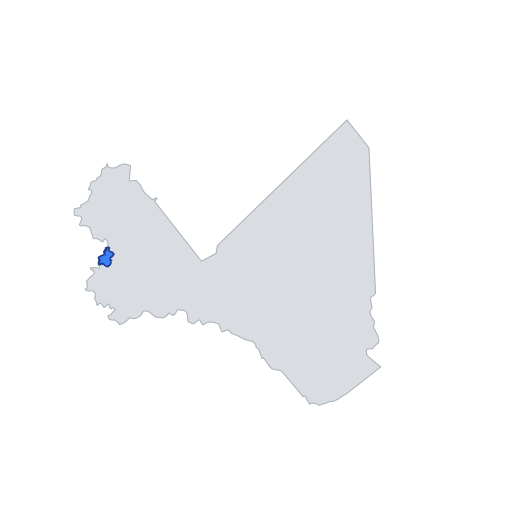 Kangaba, Koulikoro, Mali shown in context, rotated 52°
{"feature_id": "8926073B95674786747910", "entity_name": "Kangaba", "entity_type": "district", "adm_level": 2, "iso_a3": "MLI", "parent_name": "Mali", "parent_adm1": "Koulikoro", "projection": "mercator", "projection_center": [-8.71, 11.908], "detail": "fine", "context": "in_parent", "style": "filled", "palette": "blue", "viewbox_px": 512, "rotation_deg": 52, "n_neighbors": 0, "source": "geoboundaries", "source_scale": "gbopen_adm2", "svg_char_len": 6525}
<svg xmlns="http://www.w3.org/2000/svg" viewBox="0 0 512 512"><g transform="rotate(52 256 256)"><path d="M109.4,365.7L109.5,364.1L108.2,363.1L108.2,362.5L108.9,358.1L108.8,356.9L109.4,354.7L108.5,353.7L108.3,352.9L106.2,350.0L105.6,347.6L104.5,346.0L102.0,345.4L101.1,346.8L100.6,347.1L99.7,346.1L99.3,345.2L99.3,344.4L96.2,340.6L96.4,338.5L97.6,337.4L98.0,335.6L96.8,333.6L97.0,331.6L96.9,328.8L95.0,326.4L93.7,325.3L92.7,323.6L93.5,319.7L91.7,316.4L95.2,317.7L96.8,316.5L98.4,314.8L99.8,312.6L100.4,309.8L100.6,307.4L102.0,303.7L103.7,301.9L107.1,299.3L108.1,299.6L113.8,305.1L117.0,307.9L118.2,309.4L119.2,309.4L120.8,306.7L122.5,304.3L123.2,303.8L128.8,303.5L131.8,303.9L134.5,304.6L138.2,304.8L148.0,303.0L148.2,301.9L148.0,300.6L148.5,299.6L149.3,298.7L150.0,298.5L150.3,301.6L151.1,302.1L153.4,302.3L226.4,302.2L229.4,286.0L224.0,280.0L204.8,100.5L240.1,100.4L246.2,104.6L358.9,184.7L359.4,187.2L359.3,190.7L360.1,191.8L361.7,193.0L368.1,196.3L368.6,197.0L368.9,198.4L369.6,200.1L371.0,201.1L372.5,201.8L374.5,202.3L380.2,202.9L381.5,203.6L384.0,206.8L385.3,207.4L393.1,209.0L395.6,209.9L398.4,211.3L399.8,212.6L399.8,217.4L400.9,220.6L400.8,221.4L399.6,222.6L399.3,223.6L397.9,226.1L398.2,227.0L400.9,228.9L402.2,229.5L403.8,229.5L420.2,226.2L420.3,271.2L419.7,271.9L419.3,279.8L418.1,284.4L416.0,287.8L414.6,293.0L413.8,294.0L413.2,296.9L412.0,298.6L409.9,299.2L406.1,302.5L405.8,305.1L397.0,303.7L396.4,303.7L396.0,304.1L395.8,305.5L373.1,306.3L361.9,306.9L354.9,312.9L350.4,313.4L344.7,312.9L341.8,312.9L340.6,313.2L340.4,314.3L331.4,311.3L328.0,312.2L327.5,311.9L327.0,311.3L325.4,310.9L322.8,311.0L320.9,311.5L315.2,316.2L312.1,317.4L306.3,320.2L302.3,322.6L300.9,323.1L298.7,323.2L296.8,323.7L295.1,329.1L294.0,329.6L287.2,327.4L285.8,327.7L284.6,328.4L280.8,331.5L278.9,334.1L277.8,337.4L278.0,339.6L277.3,340.3L275.6,340.4L272.4,339.8L271.4,340.0L271.0,341.7L271.1,345.3L270.4,347.8L268.5,348.5L267.0,349.5L265.9,349.8L264.9,349.5L259.4,345.9L257.5,345.3L255.4,345.7L253.5,347.3L249.9,351.1L250.3,352.4L251.3,354.0L252.0,356.0L251.9,357.7L246.9,360.2L248.1,362.1L247.9,367.0L245.6,369.3L244.8,370.7L242.5,372.4L240.6,373.2L234.4,374.6L232.0,376.1L230.8,377.4L230.5,378.8L230.8,380.3L232.0,383.6L231.6,386.6L230.6,390.0L229.6,391.6L226.8,393.4L227.2,395.6L227.5,398.8L227.0,403.0L226.1,405.8L225.5,405.6L222.7,405.7L219.8,406.6L218.7,407.3L218.5,408.2L216.0,410.5L214.3,410.4L212.7,409.8L211.9,409.2L211.8,408.8L212.8,407.0L212.9,406.4L211.9,403.2L212.1,402.4L211.7,399.9L208.2,400.9L208.0,401.3L208.5,402.9L208.2,403.1L207.0,403.1L205.4,402.6L203.6,401.2L203.2,401.6L203.0,402.8L202.9,404.1L203.3,406.5L202.9,407.4L200.1,407.2L197.7,407.5L197.2,408.4L196.9,409.4L197.5,410.4L197.4,410.9L196.4,411.6L196.0,411.5L194.7,410.3L189.5,409.2L189.1,407.6L188.5,407.6L186.8,405.6L186.1,405.6L185.6,405.9L183.6,405.8L181.8,407.5L180.5,409.7L179.2,410.7L177.0,411.2L177.4,409.8L176.7,407.9L172.2,405.6L171.5,404.6L170.4,399.3L170.4,397.7L170.7,396.3L170.6,395.2L170.1,394.4L168.8,393.6L167.4,393.2L165.6,394.3L164.8,394.5L164.0,394.4L163.6,394.0L163.6,393.5L165.6,390.6L166.5,389.4L168.4,388.0L168.9,387.3L168.9,386.8L168.7,386.4L167.5,385.8L165.5,384.5L164.5,384.4L163.6,383.8L162.7,381.7L162.3,381.3L161.3,381.1L160.5,380.5L160.6,375.5L158.7,371.7L157.0,366.9L156.1,365.7L154.5,364.7L152.7,364.1L151.0,363.9L149.1,364.4L149.1,364.9L150.2,366.4L150.3,367.3L150.2,368.1L149.8,368.7L147.3,369.2L143.8,371.0L142.7,373.0L141.9,373.3L140.6,373.0L131.6,369.6L127.8,371.1L125.3,374.1L124.7,375.1L123.6,375.9L122.9,376.0L122.3,375.4L119.6,370.8L118.5,369.7L117.0,369.7L115.8,370.4L114.6,372.0L113.0,373.4L111.9,373.8L111.1,373.6L107.3,370.5L107.1,369.9L108.8,366.2L109.4,365.7Z" fill="#d9dde1" stroke="#a8b0b8" stroke-width="1"/><path d="M172.5,379.8L172.6,379.7L172.8,379.6L173.0,379.5L173.2,379.4L173.3,379.3L173.3,379.0L173.4,378.9L173.3,378.7L173.1,378.6L173.0,378.4L172.9,378.1L173.0,377.9L173.1,377.6L173.1,377.2L172.9,376.9L172.9,376.7L173.1,376.4L172.9,376.2L172.8,375.6L172.7,375.4L172.5,375.2L172.4,374.9L172.2,374.5L172.0,374.4L171.7,374.2L171.2,374.0L170.7,373.9L170.5,373.6L170.4,373.3L170.3,373.1L170.2,372.8L170.2,372.6L169.0,373.3L168.1,372.3L167.8,372.0L167.7,371.6L168.1,370.3L167.7,369.7L167.8,368.8L167.7,368.4L167.3,368.1L167.2,367.7L167.3,367.0L166.8,366.7L165.8,367.0L165.3,367.0L164.8,366.7L162.5,368.3L161.9,368.5L161.7,368.5L160.9,368.3L160.2,367.6L159.5,366.6L158.0,366.8L157.7,366.7L157.8,366.7L157.9,366.8L158.2,367.3L158.3,367.4L158.2,367.5L157.9,367.8L157.8,368.1L157.6,368.3L157.4,368.7L157.3,368.9L157.2,369.2L157.1,369.4L157.1,369.5L157.3,369.5L157.5,369.7L157.4,369.8L157.5,369.9L157.5,370.0L157.8,370.1L158.0,370.2L158.3,370.2L158.5,370.0L158.6,369.9L158.6,370.0L158.8,370.2L158.8,370.3L159.0,370.5L159.1,370.8L159.3,370.9L159.3,371.0L159.2,371.0L159.0,371.3L159.0,371.5L159.0,371.8L158.9,371.9L158.7,371.9L158.8,372.0L158.7,372.0L158.7,372.3L158.7,372.5L158.7,372.8L158.8,372.8L158.7,373.0L158.8,373.1L159.0,373.1L159.3,373.2L159.4,373.3L159.5,373.3L159.6,373.5L159.7,373.4L159.8,373.3L159.9,373.2L160.0,373.1L160.1,373.3L160.3,373.3L160.3,373.2L160.4,373.3L160.5,373.4L160.5,373.5L160.8,373.7L160.8,373.8L161.0,374.0L161.2,374.3L161.3,374.3L161.4,374.5L161.5,374.5L161.4,374.6L161.3,374.8L161.3,375.0L161.2,375.5L161.1,375.9L161.1,376.2L161.1,376.4L161.1,376.5L161.1,376.8L161.0,377.0L160.9,377.2L160.7,377.5L160.4,377.8L160.3,378.0L160.5,378.3L160.5,378.5L160.4,378.9L160.4,379.1L160.3,379.4L160.2,379.9L160.0,380.8L160.0,381.0L160.3,381.1L160.6,381.1L160.7,381.3L160.8,381.3L161.0,381.4L161.1,381.5L161.3,381.5L161.5,381.6L161.8,381.5L162.0,381.6L161.9,381.7L161.9,381.8L162.0,381.9L162.2,381.7L162.6,381.5L162.7,381.4L162.9,381.2L163.0,381.3L163.1,381.5L163.2,381.9L163.3,382.2L163.3,382.3L163.5,382.4L163.7,382.5L163.8,382.6L163.7,382.7L163.7,382.8L163.8,382.9L163.9,383.0L164.0,383.0L163.9,383.3L163.7,383.4L163.8,383.5L163.9,383.8L164.0,383.9L164.1,384.0L164.3,384.2L164.4,384.3L164.5,384.4L164.6,384.6L164.8,384.7L165.0,384.7L165.1,384.8L165.3,384.8L165.5,384.9L165.6,385.0L165.6,384.9L165.7,384.7L165.8,384.7L166.0,384.6L166.3,384.4L166.5,384.3L166.6,384.2L166.4,383.9L166.6,383.8L166.6,383.7L166.6,383.4L166.7,383.5L166.7,383.4L166.6,383.2L166.5,382.9L166.7,382.7L166.8,382.7L166.6,382.5L166.7,382.4L166.9,382.4L166.8,382.2L167.0,382.1L167.3,382.2L167.3,382.3L167.4,382.1L167.5,382.0L167.7,381.9L167.9,381.7L168.0,381.7L167.9,381.4L167.7,381.4L167.8,381.3L169.0,380.9L170.2,381.0L172.0,380.3L172.3,380.2L172.5,379.8Z" fill="#3b82f6" stroke="#1e3a8a" stroke-width="1.5"/></g></svg>